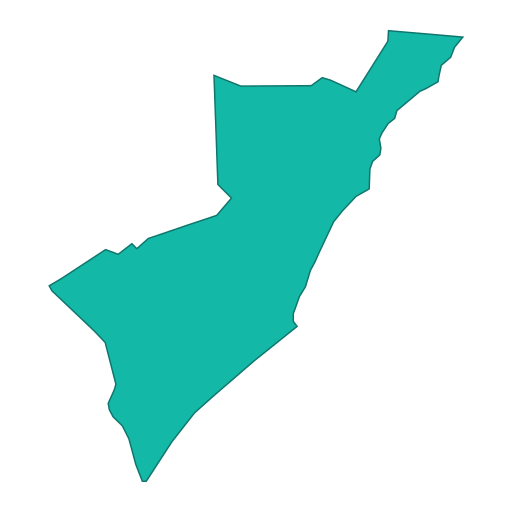 outline of Chilanzar, Tashkent, Uzbekistan
{"feature_id": "79887680B30402232719617", "entity_name": "Chilanzar", "entity_type": "district", "adm_level": 2, "iso_a3": "UZB", "parent_name": "Uzbekistan", "parent_adm1": "Tashkent", "projection": "orthographic", "projection_center": [69.178, 41.232], "detail": "fine", "context": "isolated", "style": "filled", "palette": "teal", "viewbox_px": 512, "rotation_deg": 0, "n_neighbors": 0, "source": "geoboundaries", "source_scale": "gbopen_adm2", "svg_char_len": 928}
<svg xmlns="http://www.w3.org/2000/svg" viewBox="0 0 512 512"><path d="M297.1,326.4L293.3,321.4L293.3,313.6L295.5,307.6L299.4,296.6L305.4,286.8L310.4,270.4L314.8,262.2L319.2,252.4L326.4,237.1L333.6,221.8L342.4,210.9L356.1,196.3L369.2,188.9L369.9,169.1L372.6,161.4L379.8,154.9L380.9,148.3L379.3,138.9L382.0,132.9L388.1,123.6L394.7,118.3L396.9,110.6L419.9,91.3L425.9,88.6L438.0,81.8L439.1,75.2L441.3,65.3L450.7,57.2L454.5,47.3L462.8,37.1L388.5,30.7L387.9,41.2L356.0,91.8L330.4,80.1L322.2,77.7L311.2,85.7L240.8,86.1L214.0,75.4L217.9,184.5L231.5,198.1L216.7,215.4L188.8,224.7L148.3,238.5L136.8,248.7L131.9,243.7L118.2,254.3L105.6,249.6L61.8,278.3L49.2,285.8L51.9,290.8L94.4,331.1L105.2,342.5L115.9,384.2L114.3,389.8L108.2,403.4L109.3,409.6L113.1,416.8L122.4,425.9L128.9,438.8L135.8,464.4L142.3,481.2L146.2,481.3L172.0,441.6L194.5,412.9L213.2,396.2L254.3,360.7L297.1,326.4Z" fill="#14b8a6" stroke="#0f766e" stroke-width="1.5"/></svg>